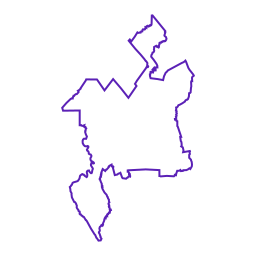 Kota Tebing Tinggi, Sumatera Utara, Indonesia (Equal Earth projection)
{"feature_id": "22746128B29639616204280", "entity_name": "Kota Tebing Tinggi", "entity_type": "district", "adm_level": 2, "iso_a3": "IDN", "parent_name": "Indonesia", "parent_adm1": "Sumatera Utara", "projection": "equal_earth", "projection_center": [99.154, 3.328], "detail": "fine", "context": "isolated", "style": "outline", "palette": "violet", "viewbox_px": 256, "rotation_deg": 0, "n_neighbors": 0, "source": "geoboundaries", "source_scale": "gbopen_adm2", "svg_char_len": 5779}
<svg xmlns="http://www.w3.org/2000/svg" viewBox="0 0 256 256"><path d="M165.3,31.1L152.5,15.4L151.8,15.5L151.6,23.3L151.5,24.6L151.2,25.2L150.7,25.5L150.1,25.1L149.5,25.5L149.4,26.2L148.3,26.6L147.8,26.0L147.5,26.4L146.9,26.1L146.0,26.8L146.2,27.7L145.5,27.4L145.6,28.1L145.3,28.8L145.0,28.8L144.8,29.3L144.3,29.3L144.0,29.6L143.0,29.3L142.4,30.1L142.4,30.8L142.3,31.4L141.1,31.5L140.6,32.6L139.7,32.4L139.1,32.8L138.1,32.9L137.4,32.4L134.8,36.6L131.3,41.4L129.8,39.5L128.7,40.7L135.4,48.9L140.8,54.8L144.3,59.0L145.8,61.1L146.2,61.2L147.4,63.1L147.2,65.2L148.2,66.3L147.9,67.1L147.5,67.2L146.8,66.7L145.8,68.4L137.0,80.6L135.0,83.9L136.5,86.0L128.4,97.8L121.1,88.5L113.1,79.1L104.5,90.4L97.0,79.5L86.2,79.4L85.7,80.6L80.5,88.4L80.6,88.7L79.3,89.9L77.9,90.8L78.6,91.7L78.6,92.1L76.8,94.1L75.7,94.2L74.3,95.4L74.2,95.8L73.5,95.8L73.3,96.6L73.1,96.7L72.7,98.5L71.8,98.3L71.4,98.7L70.8,98.8L66.5,102.9L62.2,107.8L63.1,110.7L79.7,110.5L79.7,125.2L81.0,125.1L81.1,125.5L82.5,125.9L84.1,125.3L83.9,125.8L83.9,126.6L84.2,126.8L85.1,126.7L85.3,126.9L85.0,127.1L85.0,127.4L86.2,128.4L85.7,129.2L85.7,130.0L85.3,130.6L85.5,131.1L85.1,131.9L85.9,134.5L86.9,136.5L86.1,138.8L84.0,138.7L83.1,139.5L82.6,140.8L82.7,143.1L83.6,144.9L84.8,146.1L86.4,146.4L87.7,146.0L88.3,146.4L88.4,146.8L88.3,147.4L86.9,149.7L87.2,150.6L88.1,151.2L88.7,152.2L88.8,153.7L89.4,154.2L90.7,154.5L91.4,155.7L91.3,156.7L90.6,157.7L90.4,158.7L90.5,159.7L91.1,160.9L92.5,161.6L93.8,162.6L93.9,163.3L93.5,163.5L92.6,163.4L92.4,162.9L91.9,162.7L91.4,163.0L90.9,164.6L91.0,165.5L92.8,168.4L92.8,169.0L92.3,170.3L92.0,172.2L91.6,173.1L90.8,173.1L89.3,171.5L89.0,170.5L87.9,170.6L87.3,171.0L86.9,171.6L86.8,172.4L87.3,174.6L87.3,175.3L87.1,176.6L86.6,177.1L84.7,175.8L84.5,175.2L83.7,174.9L83.6,174.6L83.0,174.6L82.5,174.1L82.0,174.2L80.4,175.4L80.0,176.0L79.5,178.5L78.0,180.8L77.1,181.3L73.4,182.4L72.6,182.9L71.8,184.9L71.2,185.3L70.8,186.2L69.8,187.0L70.3,189.0L70.5,191.3L71.6,193.3L71.5,194.3L71.9,197.4L74.2,202.0L75.1,202.2L76.1,203.7L76.1,204.1L76.8,205.5L76.7,207.6L77.3,208.7L78.3,209.8L78.4,210.7L78.7,211.2L79.6,211.5L79.8,212.1L79.6,213.8L80.0,214.3L80.7,214.3L81.6,215.7L82.4,215.8L83.1,216.8L83.9,217.0L85.8,220.1L86.1,220.1L86.8,221.0L90.9,228.5L94.6,234.4L95.2,234.9L96.4,237.8L96.9,238.2L98.5,240.6L100.7,240.4L101.5,238.7L100.5,237.3L100.4,236.9L100.6,236.5L100.0,235.2L99.8,234.2L99.4,233.7L99.2,233.1L98.9,232.8L98.9,232.1L99.6,231.2L99.8,230.6L99.8,230.1L99.4,228.7L99.7,227.3L99.9,226.9L101.2,225.9L101.2,225.3L101.7,225.0L102.1,225.1L102.6,225.6L103.1,224.7L102.8,223.9L104.3,220.4L104.2,220.0L104.6,218.6L105.7,218.5L105.7,217.5L105.3,217.3L105.6,216.8L106.0,216.9L106.1,216.3L107.1,216.3L106.9,215.6L107.1,215.4L107.1,214.6L107.5,214.1L108.2,214.2L108.7,212.9L109.5,212.9L109.6,212.6L109.3,212.3L109.6,211.8L109.9,212.0L110.0,211.4L109.9,210.3L110.9,210.1L110.7,209.4L109.7,209.2L109.6,207.8L109.0,207.2L108.8,206.3L109.0,205.9L109.3,205.9L109.2,205.1L108.6,204.3L108.5,203.4L109.4,202.4L108.9,201.1L108.9,199.6L108.0,198.4L107.8,197.1L107.3,196.8L106.6,194.8L104.5,192.5L102.5,188.9L102.1,187.7L102.5,187.7L102.6,187.1L102.0,186.2L102.3,185.7L101.7,185.0L101.8,183.9L100.6,181.3L100.5,180.7L100.1,180.0L100.1,179.4L99.7,179.3L99.7,178.5L100.4,177.5L100.3,177.2L100.4,176.7L101.0,176.6L100.8,174.9L100.9,174.5L101.2,175.2L101.4,174.9L101.2,173.2L101.6,172.9L101.4,172.4L102.6,169.3L103.1,169.9L103.5,170.0L103.6,169.7L105.2,171.0L106.1,169.7L106.5,169.7L108.5,167.5L109.1,166.7L108.8,166.4L109.4,165.8L111.6,164.6L111.9,166.4L113.1,166.4L113.4,166.9L113.0,167.5L113.0,168.1L114.8,175.1L117.4,174.5L118.4,173.6L119.4,173.4L120.4,172.8L122.1,177.5L122.7,178.2L126.1,178.7L127.2,177.7L127.7,177.6L128.3,176.7L129.4,176.4L130.1,176.6L130.2,176.0L129.7,175.0L129.8,174.6L129.0,174.5L129.0,173.9L129.5,173.6L128.2,171.7L127.7,171.7L127.7,170.4L128.2,170.3L145.7,169.4L159.4,170.1L159.4,176.0L159.8,176.0L160.7,176.4L166.8,175.9L173.9,176.3L174.7,175.6L174.8,174.9L176.0,175.2L176.1,174.5L176.0,174.0L176.2,173.8L177.2,170.8L179.1,170.8L180.4,170.0L180.9,171.1L182.9,170.9L183.9,170.4L183.8,170.2L186.4,170.1L188.1,169.3L189.4,168.3L190.3,169.0L191.8,166.4L192.0,164.6L191.7,161.9L191.1,160.5L190.9,159.6L189.2,157.8L189.2,154.8L189.9,154.0L189.4,151.5L189.9,151.3L189.8,151.0L183.1,152.2L183.5,150.4L182.8,147.4L181.2,146.4L181.7,145.6L181.6,143.6L181.4,142.0L180.8,141.0L180.2,137.0L181.2,136.9L177.8,126.7L177.3,126.1L177.3,121.2L176.4,120.8L176.4,120.0L176.2,119.9L175.0,119.7L174.9,118.9L175.5,118.8L176.3,118.0L175.9,116.5L176.6,115.9L176.6,115.3L176.1,114.7L176.8,113.5L176.3,112.7L176.7,111.8L176.6,111.4L175.9,110.7L176.0,110.3L176.3,110.1L176.1,109.5L176.3,108.9L176.1,107.5L177.1,107.2L177.7,106.6L178.4,105.2L179.6,104.8L182.3,103.3L185.0,101.5L185.3,100.6L186.5,99.7L187.0,99.8L187.9,99.2L188.9,96.5L189.1,93.2L190.0,93.0L190.6,92.4L191.0,87.8L191.3,86.4L191.1,81.9L191.5,81.0L192.2,81.1L192.0,77.8L192.4,76.8L193.8,75.7L193.3,74.6L189.6,69.9L188.4,68.0L186.0,61.6L185.4,60.6L184.4,61.6L183.5,62.2L181.7,63.0L167.8,70.5L166.9,71.7L165.7,72.7L164.0,76.3L163.1,80.1L157.8,79.1L150.6,78.2L150.0,76.2L149.9,74.7L150.2,74.7L150.3,73.6L150.7,73.2L150.4,72.1L150.8,71.8L153.0,72.5L153.2,71.9L152.4,69.8L153.7,68.3L153.8,70.5L155.6,70.4L155.6,67.5L156.4,67.3L157.4,67.4L157.3,65.6L156.4,63.7L153.6,59.7L151.2,56.7L151.4,55.1L152.4,53.5L152.5,52.6L153.6,52.1L154.1,51.1L154.2,50.3L153.9,49.6L154.1,48.7L154.1,47.0L156.2,45.8L157.0,46.9L157.3,47.0L157.6,46.3L158.3,46.3L158.8,47.2L159.0,46.9L158.8,45.4L159.3,44.8L159.4,43.7L159.7,43.6L159.6,42.8L160.3,42.5L161.3,42.6L161.6,41.8L162.6,41.9L162.9,41.2L164.1,40.9L164.5,41.3L165.3,41.1L166.2,39.8L166.3,39.1L166.5,38.8L166.0,37.1L164.6,35.9L164.4,35.3L165.3,32.6L164.9,32.2L164.9,31.5L165.3,31.1Z" fill="none" stroke="#5b21b6" stroke-width="2"/></svg>